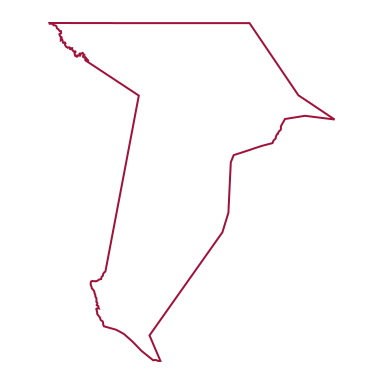 Markham District, Morobe, Papua New Guinea
{"feature_id": "67681753B75894454378558", "entity_name": "Markham District", "entity_type": "district", "adm_level": 2, "iso_a3": "PNG", "parent_name": "Papua New Guinea", "parent_adm1": "Morobe", "projection": "natural_earth1", "projection_center": [146.054, -6.474], "detail": "fine", "context": "isolated", "style": "outline", "palette": "rose", "viewbox_px": 384, "rotation_deg": 0, "n_neighbors": 0, "source": "geoboundaries", "source_scale": "gbopen_adm2", "svg_char_len": 3283}
<svg xmlns="http://www.w3.org/2000/svg" viewBox="0 0 384 384"><path d="M272.5,143.1L272.8,142.5L273.0,141.6L273.5,140.9L273.6,140.4L273.9,140.1L274.7,139.4L275.5,138.7L275.7,138.3L275.7,137.6L275.9,136.8L276.3,135.6L277.1,134.2L277.9,133.8L277.8,133.3L278.4,132.6L278.7,131.8L279.4,130.9L280.4,130.3L280.8,129.3L281.0,128.1L280.8,126.4L285.0,119.0L305.0,115.8L334.6,119.5L298.4,95.3L249.5,23.1L212.2,23.1L195.0,23.1L114.1,23.1L49.4,23.0L49.7,23.8L50.6,23.7L51.2,23.7L52.8,24.1L53.1,24.4L53.6,25.3L55.1,25.3L55.7,25.6L56.3,26.2L56.7,27.1L56.8,28.0L57.4,28.7L58.2,29.1L59.7,31.0L60.9,31.1L61.1,32.4L61.1,33.0L60.6,33.7L59.8,33.7L59.4,34.1L59.4,34.6L60.4,36.5L60.8,36.9L61.5,37.1L61.7,37.4L61.5,37.8L60.8,38.0L60.8,40.1L61.8,39.2L62.3,39.5L62.4,40.3L62.7,41.1L62.9,42.4L63.3,42.9L64.0,42.8L64.8,42.4L65.5,43.4L65.0,44.5L65.3,45.6L66.5,47.1L67.6,47.4L67.9,47.8L69.0,47.3L69.5,47.4L70.1,47.9L70.1,49.1L70.4,49.2L71.0,49.1L71.9,48.1L72.2,48.1L72.2,49.4L72.6,50.3L73.4,51.2L74.0,51.6L74.7,51.3L75.2,51.3L75.5,51.6L75.5,51.8L75.4,52.3L74.5,53.2L74.6,53.9L74.9,54.4L75.1,55.6L75.4,56.0L75.8,56.1L76.7,56.7L77.1,56.6L77.1,55.6L77.2,55.4L79.4,55.7L80.1,55.7L80.3,55.3L80.3,54.9L80.2,54.7L79.7,54.5L79.4,54.0L79.8,53.5L80.4,53.5L80.8,53.7L81.3,53.7L82.4,52.9L82.7,52.9L83.1,53.4L83.2,53.9L84.3,54.9L83.4,55.4L83.1,55.9L83.1,56.8L83.4,57.3L84.1,57.4L84.7,57.1L85.4,57.1L85.8,57.6L85.7,58.2L85.3,58.7L85.2,59.7L85.4,60.3L85.6,60.5L85.8,60.5L86.0,60.1L86.0,59.4L86.3,59.1L86.3,58.9L86.7,58.9L87.0,59.2L87.1,59.8L87.4,60.1L87.8,60.1L88.2,60.5L87.9,61.6L87.4,61.7L138.8,95.6L131.2,135.8L117.5,207.9L105.4,271.6L104.6,272.1L104.1,272.4L103.7,273.3L103.2,273.7L103.1,274.2L103.0,274.8L102.9,275.6L102.6,276.0L101.5,276.9L101.4,277.9L101.1,279.1L100.0,279.3L98.9,279.6L97.7,280.7L97.1,280.8L96.3,281.2L95.9,281.4L95.7,281.4L95.1,281.1L94.2,281.2L93.6,281.2L93.2,281.2L92.9,281.1L92.6,281.0L92.2,281.0L91.7,281.2L91.1,281.5L90.8,282.0L90.8,282.4L90.8,282.8L90.8,283.2L90.7,283.7L90.6,284.0L90.8,284.5L90.8,285.1L91.1,285.7L91.3,286.2L91.4,286.4L91.6,287.2L91.7,288.0L92.0,288.4L92.3,288.9L92.7,289.3L93.1,289.6L93.2,289.9L93.5,290.3L93.9,290.6L94.1,290.9L94.1,291.3L94.2,291.7L94.4,292.2L94.6,292.7L94.7,293.2L94.6,293.5L94.7,293.8L95.1,294.6L95.4,295.1L95.3,295.8L95.4,296.3L95.5,296.9L95.7,297.3L96.0,297.6L96.3,297.8L96.4,299.1L96.5,299.9L96.5,300.7L96.4,301.4L96.4,301.8L96.5,302.1L96.9,302.3L97.2,302.7L97.4,303.2L97.3,303.5L97.1,304.2L96.8,304.7L96.7,305.1L97.2,305.5L97.6,305.8L98.0,305.8L98.3,306.2L98.4,306.9L98.5,307.6L98.6,308.0L98.8,308.4L97.9,308.2L97.5,308.4L96.8,308.5L96.6,308.6L96.3,308.9L96.4,309.4L96.8,310.0L96.7,310.9L96.9,311.3L97.1,311.8L97.2,312.4L97.3,312.9L97.1,313.2L97.1,313.5L97.4,314.3L97.6,314.7L98.2,315.2L98.6,315.9L98.9,316.2L99.1,316.4L99.3,316.8L99.6,317.0L100.2,318.0L100.3,318.9L100.5,319.5L100.6,319.8L101.0,320.2L101.3,320.5L102.0,320.9L102.5,321.2L102.8,321.7L103.0,322.3L103.1,322.9L103.1,323.8L103.2,324.5L103.4,325.1L103.9,326.0L103.9,326.3L116.0,329.7L120.2,331.9L124.1,334.1L132.6,341.7L141.5,350.9L153.2,360.3L154.1,360.1L155.2,360.0L156.3,360.1L157.4,360.7L159.0,361.0L160.4,360.9L149.5,335.4L222.4,232.3L228.4,212.8L229.5,189.4L230.8,162.3L233.7,155.1L250.7,149.6L254.7,148.2L262.5,145.7L272.5,143.1Z" fill="none" stroke="#9f1239" stroke-width="2"/></svg>